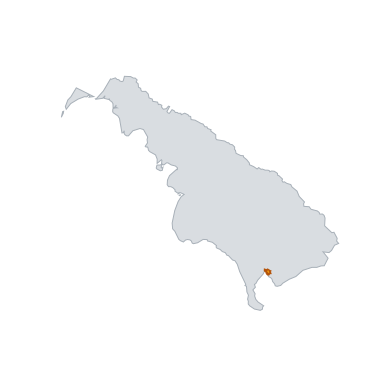 location of Bermejo, Chaco, Argentina, rotated 119°
{"feature_id": "61730980B13060120877983", "entity_name": "Bermejo", "entity_type": "district", "adm_level": 2, "iso_a3": "ARG", "parent_name": "Argentina", "parent_adm1": "Chaco", "projection": "natural_earth1", "projection_center": [-58.71, -26.994], "detail": "fine", "context": "in_parent", "style": "filled", "palette": "amber", "viewbox_px": 384, "rotation_deg": 119, "n_neighbors": 0, "source": "geoboundaries", "source_scale": "gbopen_adm2", "svg_char_len": 4972}
<svg xmlns="http://www.w3.org/2000/svg" viewBox="0 0 384 384"><g transform="rotate(119 192 192)"><path d="M233.3,117.3L231.3,121.0L231.8,123.5L229.9,129.5L230.4,130.7L228.9,133.5L229.4,136.6L228.6,139.5L229.0,143.2L228.4,144.3L227.0,144.6L226.1,149.8L227.3,154.7L226.3,155.7L228.1,159.3L233.7,162.5L236.5,165.7L236.6,167.0L235.1,169.0L234.9,170.7L235.8,173.0L237.2,174.4L239.9,175.3L240.2,178.5L239.8,180.6L234.7,187.9L233.6,191.1L228.8,194.3L216.5,198.1L207.0,199.5L201.5,199.2L197.9,197.7L198.2,201.9L200.0,203.1L199.1,203.1L199.9,203.9L199.5,207.3L198.3,207.9L197.5,210.7L197.6,213.1L198.7,215.1L197.7,217.2L193.5,219.2L188.6,219.6L179.5,216.4L179.8,215.9L179.4,215.7L177.9,216.4L177.3,219.1L178.4,223.4L178.2,227.1L178.8,228.4L182.1,229.8L181.9,231.3L183.0,231.4L185.3,231.1L185.6,229.9L184.4,229.4L187.5,228.5L188.8,230.0L188.9,233.9L188.4,234.9L185.9,235.6L185.2,235.4L183.7,232.7L182.5,232.2L179.0,233.6L178.6,234.4L183.9,236.4L180.1,238.4L177.2,241.9L177.2,248.4L176.6,250.3L174.6,252.0L174.2,253.2L175.0,253.9L174.7,255.1L170.7,254.7L167.9,256.7L165.4,257.4L160.9,264.7L161.7,268.3L167.1,273.4L173.7,274.8L174.6,276.5L174.4,278.5L173.7,279.7L171.3,280.9L173.4,280.9L174.3,281.9L162.8,291.1L161.4,293.7L160.9,299.3L160.1,300.4L157.7,301.5L156.0,300.3L154.7,298.3L154.8,299.9L152.6,300.5L155.2,300.6L156.5,301.9L153.0,304.0L152.0,305.8L151.7,308.3L150.4,309.8L151.4,309.4L152.7,314.4L149.9,314.7L153.4,315.6L157.6,321.2L157.3,321.6L157.2,321.0L146.6,318.5L132.6,318.1L132.7,317.4L129.3,314.3L129.9,312.2L129.3,310.4L129.9,308.7L129.3,306.6L128.1,306.0L123.6,307.2L120.8,301.6L120.8,298.7L119.9,296.8L120.6,294.3L122.9,294.2L123.4,291.6L126.3,289.6L126.2,287.2L127.9,285.8L128.2,284.5L126.4,281.3L127.5,277.8L130.5,275.2L130.0,271.8L131.7,270.2L130.1,265.7L131.8,263.8L130.9,262.8L130.8,260.4L132.5,259.8L133.5,257.2L131.6,254.9L128.3,254.2L128.1,253.0L133.9,252.9L134.5,251.0L134.1,249.9L129.7,249.4L129.6,246.9L130.5,245.2L129.6,243.6L129.8,242.1L128.6,239.9L129.6,238.9L126.6,236.6L126.4,232.8L127.1,231.8L126.6,229.8L129.1,227.9L127.7,224.2L127.7,217.2L127.2,215.3L128.7,212.4L127.8,210.5L128.9,209.1L128.3,205.5L129.6,205.2L130.4,199.0L133.6,197.2L134.3,195.9L131.6,188.1L131.8,185.1L131.2,183.8L131.8,182.0L131.1,179.5L132.0,176.5L134.3,175.3L134.4,174.3L136.8,172.2L136.5,167.2L135.4,164.6L136.5,163.7L137.2,159.8L138.9,155.8L140.3,155.0L139.9,150.4L140.3,146.2L138.3,145.5L138.7,142.5L137.9,141.8L137.4,138.6L136.0,135.9L135.9,134.6L136.6,133.8L135.1,132.7L134.0,130.2L134.1,127.8L134.3,126.3L135.9,125.1L135.6,123.9L136.8,119.1L138.4,118.9L139.3,117.1L138.3,116.2L138.5,113.3L137.6,109.2L139.1,107.1L140.3,100.6L143.9,96.1L146.2,88.8L148.2,88.7L150.3,87.2L148.1,82.4L149.4,79.5L147.8,73.2L148.2,70.9L149.4,69.5L148.0,67.2L148.4,65.2L150.3,63.0L157.3,59.6L159.8,50.0L158.4,48.3L162.1,42.6L164.8,41.7L165.9,38.8L169.4,41.5L175.5,41.6L178.6,42.8L180.8,48.4L183.9,40.9L192.4,40.6L194.1,43.3L197.4,46.3L199.7,50.5L206.7,57.0L215.6,60.2L221.1,64.6L227.6,68.3L230.7,69.1L233.2,71.8L233.7,73.7L232.3,75.2L231.2,78.1L229.5,79.7L228.8,81.6L228.9,83.9L225.6,88.6L225.7,90.3L229.1,90.0L237.3,91.8L241.2,91.8L242.5,92.6L244.6,90.4L248.1,91.3L250.4,87.5L252.6,86.8L255.0,84.1L256.2,80.9L256.8,74.1L258.1,74.5L260.4,73.6L262.4,74.9L264.1,80.7L263.6,86.3L262.7,88.5L260.2,89.8L258.8,91.4L254.9,92.6L252.8,95.5L248.0,98.7L248.2,100.3L246.7,100.2L238.5,111.7L233.3,117.3ZM157.0,343.7L156.2,324.2L159.0,328.0L157.7,327.8L157.4,329.6L159.7,330.0L160.8,332.3L165.9,336.6L173.4,340.9L180.6,342.1L178.7,344.2L171.7,345.2L167.4,344.1L157.0,343.7ZM183.6,343.4L185.7,342.7L190.0,342.5L184.4,344.1L183.6,343.4ZM201.1,200.9L201.0,201.7L199.7,200.4L201.1,200.9Z" fill="#d9dde1" stroke="#a8b0b8" stroke-width="1"/><path d="M225.0,83.7L223.4,85.5L223.4,85.4L223.2,85.3L223.3,85.4L223.2,85.4L223.1,85.5L223.0,85.4L223.0,86.2L222.9,88.3L223.0,88.3L223.1,88.5L223.3,88.6L223.5,88.6L223.7,88.8L223.7,88.7L223.7,88.8L223.8,88.8L223.9,89.0L224.0,88.9L224.0,89.0L224.0,88.9L224.0,89.0L224.3,89.2L224.2,89.2L224.2,89.3L224.3,89.3L224.3,89.5L224.4,89.4L224.4,89.5L224.5,89.5L224.5,89.8L224.5,89.7L224.5,89.8L224.6,90.0L224.6,90.3L224.4,90.4L224.4,90.5L224.4,90.8L224.5,90.9L224.5,91.0L224.9,90.8L225.0,90.8L225.3,90.7L225.5,90.5L225.6,90.4L225.6,90.2L225.7,89.9L225.8,89.9L225.8,89.7L225.7,89.5L225.7,89.4L225.3,89.2L225.2,89.2L225.3,88.6L225.5,88.5L225.7,88.4L225.8,88.4L226.0,88.4L226.1,88.2L226.1,87.9L226.1,87.7L226.3,87.8L226.4,88.0L226.5,88.0L226.5,87.9L226.5,87.7L226.4,87.6L226.3,87.4L226.5,87.4L226.7,87.5L226.7,87.4L226.8,87.3L226.7,87.3L226.7,87.1L226.6,86.9L226.8,86.7L227.2,86.5L227.4,86.4L227.5,86.2L227.4,86.2L227.3,85.9L227.2,85.8L227.2,86.0L227.2,85.9L226.9,85.8L226.9,85.7L226.7,85.8L226.7,85.7L226.8,85.5L226.7,85.5L226.6,85.4L226.4,85.3L226.5,85.2L226.4,85.2L226.2,85.1L226.3,85.0L226.2,85.0L226.1,84.9L226.0,84.7L225.9,84.7L226.0,84.6L225.9,84.6L225.7,84.4L225.5,84.2L225.4,84.2L225.2,84.1L225.1,83.9L225.0,83.7Z" fill="#f59e0b" stroke="#b45309" stroke-width="1.5"/></g></svg>